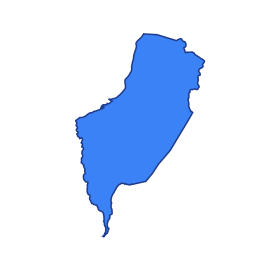 Paratinga, Bahia, Brazil, rotated 34°
{"feature_id": "56859067B27824203442391", "entity_name": "Paratinga", "entity_type": "district", "adm_level": 2, "iso_a3": "BRA", "parent_name": "Brazil", "parent_adm1": "Bahia", "projection": "mercator", "projection_center": [-43.076, -12.745], "detail": "fine", "context": "isolated", "style": "filled", "palette": "blue", "viewbox_px": 256, "rotation_deg": 34, "n_neighbors": 0, "source": "geoboundaries", "source_scale": "gbopen_adm2", "svg_char_len": 5507}
<svg xmlns="http://www.w3.org/2000/svg" viewBox="0 0 256 256"><g transform="rotate(34 128 128)"><path d="M167.7,231.8L168.6,231.8L169.0,231.0L168.8,229.7L169.0,228.9L169.3,227.9L169.7,226.9L169.4,226.0L169.3,225.1L168.7,224.2L168.7,223.5L168.7,222.8L168.3,222.0L167.6,221.8L166.8,222.1L166.1,221.2L165.6,220.5L164.9,220.1L164.5,219.4L164.2,218.7L164.0,217.8L163.6,216.8L163.4,215.9L163.4,215.1L163.3,213.9L163.2,212.8L162.9,211.9L162.0,211.5L161.9,210.7L162.0,210.0L162.4,209.1L162.8,208.3L162.3,207.2L161.8,206.4L161.2,206.0L160.8,205.4L160.3,204.5L159.2,203.9L158.2,203.2L157.4,201.9L157.0,201.2L156.7,200.2L156.4,199.3L155.3,198.8L154.8,198.0L154.4,197.5L153.9,197.0L153.7,196.1L153.2,195.1L152.9,194.0L152.6,192.9L152.4,191.4L152.3,190.4L152.4,189.6L152.4,188.9L152.2,187.9L152.1,187.0L152.0,186.1L152.0,184.9L151.9,183.9L151.8,183.0L151.8,182.3L152.0,181.6L152.2,180.7L152.2,179.7L152.9,179.2L153.1,178.2L153.4,177.5L154.2,177.0L155.1,176.8L155.8,176.2L156.5,175.8L157.0,176.3L157.6,175.4L158.3,175.5L158.9,175.3L159.6,174.8L160.6,174.5L161.7,173.9L162.0,173.1L162.2,172.4L162.9,172.5L172.6,162.3L173.6,152.4L173.5,140.7L174.4,132.7L175.4,124.3L175.5,122.9L175.0,113.4L174.3,100.5L174.3,99.6L173.6,87.1L173.0,79.0L172.1,78.8L171.5,79.1L170.7,79.3L170.2,78.4L169.1,78.1L168.4,77.8L167.8,77.3L167.1,76.5L166.2,76.0L165.5,75.2L165.2,74.1L164.3,73.3L163.5,72.4L162.7,71.6L162.0,70.9L161.4,70.3L161.7,69.3L161.2,68.4L160.5,67.3L159.9,66.3L159.2,65.8L159.0,65.2L159.1,64.5L159.4,63.6L158.8,62.9L158.3,62.5L158.4,61.5L159.1,60.6L159.8,60.4L160.2,59.8L160.7,59.1L161.3,58.6L161.9,58.0L163.0,58.0L163.9,57.4L164.1,56.4L164.0,55.4L164.1,54.6L163.8,53.9L163.2,53.4L162.0,53.0L161.1,52.4L160.6,51.9L160.2,51.1L159.9,50.2L159.7,49.3L159.2,48.7L158.7,48.1L158.2,47.3L157.5,46.8L157.0,46.1L157.2,45.0L157.9,44.4L158.2,43.7L157.7,43.0L156.9,42.3L156.0,41.9L155.0,41.6L154.5,40.8L154.2,40.1L154.3,39.1L154.9,38.0L155.4,36.9L155.9,35.9L155.8,35.1L155.0,34.3L154.5,33.7L154.2,32.9L154.4,31.7L154.4,30.9L154.2,30.1L153.6,29.5L143.3,29.6L142.4,29.8L141.6,29.3L140.8,28.9L140.1,29.1L139.3,29.1L138.6,29.1L138.0,29.7L137.0,30.5L136.0,31.2L135.1,31.8L134.2,32.4L134.0,33.2L133.3,33.4L132.4,32.7L131.6,31.8L130.8,31.4L130.0,30.8L129.5,30.1L130.2,28.7L130.2,27.9L129.9,27.1L129.4,26.3L128.5,25.6L128.0,25.2L127.3,24.7L126.5,24.8L125.7,25.2L125.0,25.2L124.0,25.1L123.4,24.6L122.5,24.2L121.5,24.8L121.0,25.3L120.6,25.9L120.2,26.6L119.8,27.3L119.5,28.2L118.9,28.6L99.9,34.4L98.2,35.4L89.4,40.7L88.4,41.0L88.4,41.7L88.4,42.6L88.4,44.4L88.4,45.5L88.0,47.0L87.3,49.7L87.1,51.3L87.1,52.2L87.2,53.0L87.6,53.8L88.5,54.6L89.5,55.9L90.5,58.5L90.9,60.5L91.8,63.2L92.0,64.0L92.5,65.1L93.3,66.8L94.1,68.1L94.3,69.1L94.8,70.6L95.2,71.7L95.6,72.5L96.2,73.8L96.8,75.4L97.9,76.7L98.7,78.3L99.1,79.7L99.0,81.2L99.2,82.2L99.3,83.6L99.3,84.7L99.1,86.3L98.9,87.7L98.6,88.6L98.8,90.1L99.3,90.9L99.9,91.7L100.8,92.9L101.8,93.7L102.8,95.1L103.5,96.6L103.6,98.1L103.5,99.6L103.2,101.8L102.8,104.7L102.1,106.9L101.8,108.4L101.3,109.5L100.8,110.3L100.4,110.9L99.8,111.5L99.2,112.1L98.8,112.7L97.8,113.7L97.2,114.2L95.6,114.9L97.2,114.9L97.9,114.8L99.0,114.8L99.8,114.7L99.3,115.5L99.1,117.1L98.8,118.1L98.2,118.8L97.1,119.2L97.4,119.8L96.7,120.6L96.9,121.4L96.1,121.5L95.5,121.8L94.9,122.3L94.3,122.8L94.1,123.8L93.9,124.9L94.2,126.0L94.7,125.1L95.0,124.5L95.5,123.9L96.5,124.1L96.5,125.1L96.1,125.9L95.6,126.4L94.7,127.8L94.2,128.7L93.6,129.5L92.8,130.5L92.3,131.3L91.4,132.4L90.6,133.1L90.1,134.1L89.9,135.1L89.0,136.0L88.1,136.6L87.6,137.5L87.3,138.4L87.0,139.0L86.7,139.8L86.5,140.9L86.1,141.7L85.8,142.4L85.4,143.2L84.9,143.9L84.3,144.7L83.3,145.6L82.7,145.9L82.1,146.5L81.8,147.1L81.6,147.9L81.5,148.7L81.1,149.4L80.9,150.3L80.5,150.9L81.2,151.7L82.0,152.1L82.8,152.4L83.2,153.4L83.3,154.5L84.1,155.3L85.0,155.3L85.7,155.8L86.2,156.3L86.0,157.0L86.1,158.0L86.5,158.9L87.2,159.2L88.3,159.2L89.1,159.4L89.3,160.5L88.8,161.2L89.1,161.8L90.0,161.9L90.4,162.6L91.1,163.0L91.9,163.0L92.6,163.1L93.3,163.3L94.0,163.8L94.5,163.1L94.8,162.1L95.5,162.1L96.2,162.5L97.1,163.5L97.1,164.5L97.4,165.5L97.4,166.4L98.1,166.6L99.0,166.6L99.7,167.3L100.0,168.1L99.8,168.8L100.3,169.6L101.1,169.3L101.8,169.2L102.3,169.8L102.9,170.3L102.9,171.1L102.8,171.9L103.0,173.0L103.4,173.9L103.8,174.6L104.4,175.1L105.1,175.6L105.7,176.0L106.2,176.8L106.6,177.8L106.3,178.7L106.6,179.7L107.2,180.2L107.8,181.0L108.1,182.1L108.8,183.0L109.9,182.9L110.9,183.3L111.9,183.3L112.3,184.2L113.3,185.0L114.1,185.6L115.1,185.9L115.6,187.0L116.2,188.0L117.1,188.8L118.0,189.5L117.8,190.4L117.5,191.4L117.7,192.2L117.9,192.9L118.6,193.7L119.4,194.7L120.3,195.5L121.1,195.6L122.1,196.1L122.9,196.3L124.1,195.8L125.0,195.3L125.6,196.2L126.0,197.4L126.1,198.2L126.6,198.7L127.5,199.5L127.8,200.8L128.7,201.9L129.3,202.9L129.8,203.6L130.3,204.2L131.1,204.5L132.0,205.3L132.7,205.4L133.5,204.9L134.5,205.4L134.9,206.5L135.3,207.5L135.9,208.4L137.0,209.0L137.7,209.3L138.4,209.8L139.4,210.3L140.3,210.9L141.1,210.3L142.0,210.5L142.8,210.4L143.5,210.1L144.5,209.9L145.1,209.5L145.9,209.9L147.1,210.7L148.0,211.2L148.5,211.8L149.1,212.2L150.2,212.4L151.3,212.4L152.2,212.0L153.0,211.9L154.2,211.8L154.9,212.4L155.6,212.8L156.3,213.5L156.9,214.1L157.6,214.8L158.1,215.7L158.9,216.6L159.5,217.4L159.8,218.1L159.9,219.0L160.6,219.3L161.2,219.6L161.7,220.2L162.2,221.0L162.9,221.7L163.9,222.4L165.1,222.9L165.6,223.7L166.3,224.3L166.5,225.1L167.2,226.0L167.6,226.9L167.6,227.8L167.7,228.4L167.9,229.1L168.0,230.2L168.3,231.0L167.7,231.8Z" fill="#3b82f6" stroke="#1e3a8a" stroke-width="1.5"/></g></svg>